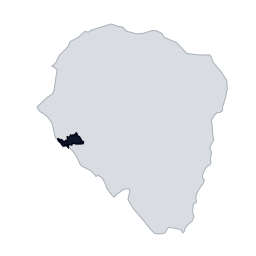 location of Isidoro Noblía, Cerro Largo, Uruguay, rotated 188°
{"feature_id": "84410073B42305174604514", "entity_name": "Isidoro Noblía", "entity_type": "district", "adm_level": 2, "iso_a3": "URY", "parent_name": "Uruguay", "parent_adm1": "Cerro Largo", "projection": "albers", "projection_center": [-54.072, -32.059], "detail": "fine", "context": "in_parent", "style": "filled", "palette": "ink", "viewbox_px": 256, "rotation_deg": 188, "n_neighbors": 0, "source": "geoboundaries", "source_scale": "gbopen_adm2", "svg_char_len": 5436}
<svg xmlns="http://www.w3.org/2000/svg" viewBox="0 0 256 256"><g transform="rotate(188 128 128)"><path d="M212.0,178.7L210.3,180.3L208.4,183.2L206.2,190.3L198.9,200.0L197.4,205.4L189.6,211.2L184.2,217.6L180.6,217.4L177.4,220.2L158.9,228.7L152.2,227.2L147.3,227.2L142.7,223.6L132.3,222.4L125.7,224.0L117.0,228.2L114.4,228.2L112.5,228.0L107.7,226.4L105.0,222.9L91.4,219.1L80.2,210.0L67.3,210.2L57.5,211.8L55.9,210.6L54.8,208.2L52.6,204.8L43.8,196.8L36.8,188.8L35.1,180.8L35.7,171.9L37.3,161.4L36.8,158.2L39.2,156.2L41.7,155.8L44.0,153.0L46.0,148.8L46.2,145.7L44.4,140.0L42.9,132.1L41.4,128.2L43.9,121.8L43.9,118.7L42.2,116.1L41.7,113.4L42.3,110.5L42.0,107.8L40.9,105.2L41.6,103.0L44.1,101.2L45.9,98.5L47.0,94.9L47.6,92.2L47.5,90.3L46.7,88.6L45.1,87.0L45.7,83.7L48.5,78.7L50.4,74.3L51.1,70.4L51.0,67.3L49.9,65.0L50.2,63.4L52.1,62.5L52.8,60.0L52.3,53.9L50.2,48.9L51.6,44.8L55.7,40.0L57.8,36.2L57.9,33.4L59.2,31.7L61.3,34.7L67.5,35.3L73.6,35.2L74.6,34.4L76.8,29.3L80.0,27.8L83.4,27.3L87.2,27.5L91.4,30.7L103.0,41.4L111.5,48.8L114.1,52.3L116.4,55.0L118.1,57.4L117.5,63.9L117.6,66.8L118.0,67.6L119.9,67.6L122.7,67.1L125.1,65.7L126.9,63.6L128.7,61.8L130.1,60.9L130.7,59.5L131.5,58.1L132.3,57.8L134.0,58.8L137.9,62.5L141.0,65.8L141.7,67.8L142.9,69.8L144.2,71.6L145.1,73.3L148.0,75.6L151.0,77.0L152.9,75.5L158.0,80.2L169.0,84.0L171.1,86.4L173.0,89.8L176.9,94.9L182.2,99.5L186.5,101.5L190.6,102.6L192.9,103.6L194.5,105.4L197.0,107.3L198.5,108.0L199.1,109.7L200.7,113.4L202.3,118.1L204.2,122.5L208.1,126.8L212.6,130.0L217.2,131.9L219.8,134.3L220.9,136.6L217.7,140.2L214.3,144.6L211.3,148.0L208.2,150.5L207.2,152.1L206.5,154.8L206.4,168.6L206.2,173.7L206.4,175.1L206.8,176.0L208.7,177.4L211.0,178.5L212.0,178.7Z" fill="#d9dde1" stroke="#a8b0b8" stroke-width="1"/><path d="M195.9,107.7L196.0,107.5L195.9,107.4L195.7,107.3L195.6,107.2L195.8,107.0L195.5,106.8L195.4,106.8L195.3,106.7L195.2,106.5L195.3,106.4L195.3,106.2L195.2,106.0L195.3,105.8L195.3,105.7L195.2,105.5L195.0,105.4L194.9,105.4L194.7,105.4L194.6,105.5L194.4,105.4L193.9,105.4L193.9,105.1L193.7,105.0L193.7,104.8L193.7,104.7L193.4,104.6L193.3,104.4L193.2,104.4L193.3,104.4L193.2,104.3L193.1,104.1L192.8,104.0L192.7,104.1L192.4,104.0L192.5,104.0L192.5,103.9L192.3,103.8L192.2,103.8L192.1,103.7L191.9,103.7L191.8,103.8L191.7,103.8L191.6,103.7L191.4,103.6L191.2,103.2L191.0,102.9L191.3,102.8L191.3,102.7L191.4,102.4L191.2,102.3L191.2,102.2L190.9,102.1L190.7,102.1L190.4,102.1L190.1,102.0L190.0,101.9L190.0,102.0L189.9,102.0L189.8,101.9L189.8,101.7L189.5,101.7L189.4,101.6L189.5,101.5L189.5,101.4L189.4,101.5L189.3,101.4L189.2,101.5L189.2,101.3L188.9,101.3L188.9,101.2L188.9,101.3L188.6,101.3L188.5,101.5L188.4,101.5L188.2,101.6L188.0,101.8L188.0,102.0L188.0,101.9L187.9,102.0L187.7,102.3L187.5,102.2L187.4,102.2L187.2,102.4L187.2,102.5L186.9,102.7L186.9,102.8L187.0,102.8L186.9,102.9L186.8,102.7L186.7,102.7L186.4,102.5L186.5,102.4L186.4,102.4L186.2,102.1L186.3,101.9L186.2,101.9L186.1,101.7L185.9,101.7L185.6,101.4L185.4,101.3L185.3,101.2L185.3,101.3L185.2,101.3L185.1,101.2L185.0,100.9L184.9,100.9L185.0,100.8L184.9,100.7L184.7,100.5L184.5,100.4L184.3,100.2L184.2,100.5L184.3,101.0L184.6,101.3L184.8,102.1L184.6,102.9L185.1,103.5L181.8,103.4L181.5,103.3L181.4,103.3L181.4,103.5L181.3,103.8L181.5,103.9L181.6,104.0L181.5,104.3L181.4,104.5L181.2,104.7L181.2,105.0L181.3,105.1L181.3,105.5L181.0,105.5L180.8,105.4L180.6,105.3L180.3,105.2L180.2,105.1L179.9,105.1L179.4,105.2L179.3,105.3L179.0,105.4L178.8,105.4L178.5,105.4L178.4,105.4L178.2,105.2L177.9,105.0L177.4,105.1L177.2,105.2L176.7,105.1L176.4,105.0L176.0,105.2L176.0,105.4L175.5,105.4L175.2,105.2L175.0,105.3L174.3,105.4L174.2,105.4L174.1,105.7L173.7,105.7L173.4,105.9L173.2,105.9L173.1,106.1L172.9,106.1L172.8,105.9L172.7,105.8L172.5,105.6L172.3,105.7L172.1,105.8L171.9,105.8L171.7,106.1L171.4,106.1L171.3,106.3L171.2,106.4L171.3,106.5L171.2,106.5L170.9,106.5L171.0,106.6L170.8,106.7L170.8,106.8L170.7,106.8L170.6,107.0L170.6,106.9L170.5,107.0L170.4,107.1L170.3,107.3L170.2,107.4L170.3,107.5L170.3,107.4L170.4,107.5L170.3,107.8L170.5,107.8L170.5,108.0L170.6,108.3L171.3,108.3L171.7,108.4L171.8,108.6L172.0,108.8L172.3,108.9L172.5,109.1L172.5,109.5L172.6,109.8L172.9,109.9L172.9,110.1L173.2,110.5L173.3,110.7L173.4,110.8L173.6,110.8L173.8,111.1L173.9,111.4L174.1,111.6L174.3,111.7L174.4,111.8L174.5,112.0L174.8,112.0L174.9,112.3L175.0,112.3L175.3,112.4L175.3,112.5L175.6,112.5L175.8,112.7L175.9,112.8L176.1,113.1L176.3,113.1L176.5,113.0L176.9,113.1L177.0,113.2L177.0,113.4L177.1,113.6L177.1,113.8L177.2,114.0L177.5,114.3L177.6,114.7L177.8,115.0L177.8,115.3L178.3,115.7L178.4,115.9L178.7,115.9L179.0,114.6L179.4,114.5L179.6,114.3L179.6,113.9L180.0,113.8L180.5,113.6L181.1,113.3L182.1,113.2L182.2,112.8L183.7,112.7L184.0,112.9L184.1,112.1L184.3,111.5L184.7,111.0L185.3,110.6L186.3,110.6L186.7,110.9L186.9,110.9L186.9,110.6L186.8,110.2L186.5,109.5L186.4,108.6L186.3,107.3L186.7,106.6L187.0,106.3L187.2,106.5L187.3,106.7L187.5,106.9L187.7,107.0L187.9,107.0L187.9,106.9L188.1,106.8L188.3,106.6L188.4,106.3L188.4,105.7L188.5,105.7L188.8,105.7L189.0,105.5L189.6,105.5L189.8,105.6L190.0,105.7L190.4,105.4L190.5,105.2L190.6,105.3L190.7,105.5L190.7,105.8L191.0,106.1L191.0,106.3L191.1,106.6L191.7,106.8L191.8,106.8L192.3,107.2L192.5,107.2L192.9,107.1L193.0,107.0L193.2,106.8L193.4,106.7L193.9,106.8L194.0,106.8L194.3,107.2L194.7,107.2L194.8,107.3L195.2,107.6L195.5,107.6L195.9,107.7Z" fill="#0f172a" stroke="#020617" stroke-width="1.5"/></g></svg>